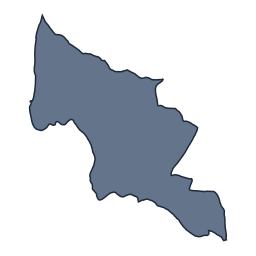 outline of Hagaz, Anseba, Eritrea
{"feature_id": "51966322B93716709446742", "entity_name": "Hagaz", "entity_type": "district", "adm_level": 2, "iso_a3": "ERI", "parent_name": "Eritrea", "parent_adm1": "Anseba", "projection": "equal_earth", "projection_center": [38.261, 15.755], "detail": "fine", "context": "isolated", "style": "filled", "palette": "slate", "viewbox_px": 256, "rotation_deg": 0, "n_neighbors": 0, "source": "geoboundaries", "source_scale": "gbopen_adm2", "svg_char_len": 5747}
<svg xmlns="http://www.w3.org/2000/svg" viewBox="0 0 256 256"><path d="M197.6,127.9L196.4,126.6L195.8,126.2L195.1,125.8L194.2,125.1L193.6,124.8L192.9,124.6L190.8,123.0L189.8,122.5L188.6,122.0L186.9,121.4L186.0,121.2L184.3,121.3L183.6,121.1L183.1,120.6L182.8,120.0L182.4,117.8L181.8,115.8L179.9,112.7L179.0,111.6L177.2,110.4L176.7,109.9L175.8,108.8L175.5,108.6L174.5,108.5L171.5,108.4L167.8,108.2L164.7,107.5L162.3,106.0L161.2,105.6L160.4,105.5L159.1,105.6L158.1,105.6L157.8,105.3L157.6,104.7L157.5,103.0L156.7,97.9L156.4,96.7L156.0,95.0L155.5,92.3L155.4,89.2L155.7,87.5L156.0,86.3L156.7,85.3L157.6,84.3L161.1,81.9L161.9,81.2L162.4,80.7L162.7,80.1L163.3,78.8L163.1,79.0L162.1,79.4L161.2,79.6L158.8,79.6L157.7,79.8L154.8,79.8L153.6,79.7L152.1,79.7L148.9,78.0L146.5,77.4L145.3,77.4L144.9,77.7L142.8,78.2L141.8,78.3L141.3,78.2L140.8,78.0L140.2,77.6L138.9,77.2L137.6,76.1L136.0,74.8L135.3,74.1L132.3,72.5L131.4,72.3L130.3,71.5L128.0,70.4L127.6,70.0L127.2,69.9L126.6,70.0L126.2,70.4L125.3,70.6L124.5,70.7L123.1,71.0L121.9,71.6L119.9,71.8L119.0,71.6L116.8,71.7L115.2,71.5L114.2,71.1L113.8,71.0L113.1,70.4L112.7,70.2L111.1,69.7L109.6,68.5L109.1,67.5L108.5,66.1L107.8,64.8L106.7,63.2L105.7,62.1L104.9,60.9L104.6,60.5L104.4,60.5L104.1,60.5L103.0,60.6L102.3,60.4L101.5,60.3L100.7,58.9L99.4,57.7L99.0,57.3L98.7,57.1L95.5,56.2L93.6,55.6L92.0,54.8L90.9,54.0L90.3,53.9L89.3,54.0L85.9,53.4L83.3,53.7L82.8,53.5L82.1,53.0L81.7,52.8L81.2,52.5L79.2,50.4L76.7,48.6L75.7,47.8L74.6,47.2L72.4,45.5L69.2,43.7L68.9,43.2L68.4,42.5L67.8,41.0L67.2,40.7L65.3,38.4L64.3,37.3L62.6,36.0L61.4,35.3L58.9,34.7L56.4,34.6L55.6,34.4L54.9,34.0L52.9,31.7L51.8,30.1L50.1,28.1L48.3,25.4L45.5,22.1L44.9,21.0L42.7,16.2L42.3,15.4L41.7,17.4L41.4,19.3L40.9,21.0L40.2,23.0L39.0,25.4L38.0,28.3L37.2,31.3L36.7,32.7L35.8,38.0L36.4,38.3L36.0,40.5L35.5,43.9L35.2,46.2L34.9,51.0L34.8,54.1L34.8,56.1L35.0,58.4L34.9,62.5L34.8,64.6L34.5,66.3L34.4,66.9L34.3,68.3L34.3,71.4L34.8,73.5L35.5,75.3L35.6,76.0L35.4,84.1L35.1,87.1L34.9,89.5L34.7,91.0L34.5,92.4L34.2,93.4L33.8,96.6L33.3,98.3L32.8,99.7L32.2,101.1L31.6,100.8L30.9,100.8L30.7,100.9L30.2,101.7L30.9,101.9L31.0,102.1L31.1,102.3L31.2,103.0L31.2,103.6L30.7,104.7L29.8,106.2L29.6,107.2L29.6,108.9L30.1,112.6L30.3,113.6L30.6,114.9L31.5,119.5L32.2,122.7L33.5,125.8L34.0,126.7L34.7,127.7L35.5,128.4L36.5,129.2L40.8,130.5L41.9,130.4L43.2,129.9L45.9,128.2L46.6,127.6L47.3,126.7L48.6,124.9L49.0,124.2L49.4,123.9L50.1,124.0L51.9,124.8L52.8,125.1L54.4,125.1L54.7,125.0L55.3,124.4L55.6,122.9L56.0,122.2L56.6,121.8L57.0,121.6L57.6,121.6L58.4,121.9L60.1,123.4L61.4,124.4L62.7,124.7L64.2,124.7L65.1,124.5L67.5,121.8L68.2,121.3L70.0,119.8L70.8,119.5L71.9,119.6L72.3,119.7L73.1,120.2L73.4,120.5L73.8,121.3L74.2,122.3L74.7,123.1L76.6,125.4L77.0,126.1L77.6,127.2L78.0,127.6L79.5,129.7L82.1,131.9L83.3,132.7L83.9,133.3L86.1,136.1L86.8,137.0L87.9,139.2L88.9,140.7L89.8,142.3L90.7,144.3L91.0,144.8L92.1,148.5L92.5,150.4L92.6,151.2L92.9,152.3L94.3,155.1L95.0,158.3L95.1,159.5L94.1,164.1L93.5,166.1L92.5,168.2L92.0,169.6L90.7,172.2L90.1,174.0L89.9,174.8L89.9,176.1L89.9,176.5L90.2,177.4L90.4,178.0L90.4,178.8L90.2,180.0L90.2,180.6L91.0,182.5L91.4,183.1L91.9,183.5L92.1,183.9L92.3,184.9L92.4,186.4L92.5,188.8L92.6,189.3L92.7,189.5L93.9,190.7L94.9,191.9L95.7,192.8L96.4,193.6L96.5,194.9L96.8,195.8L97.1,197.1L98.0,198.9L99.1,200.0L100.3,199.9L102.2,199.2L104.8,197.3L108.4,194.3L108.7,194.2L109.8,193.4L110.8,192.9L112.1,192.6L113.4,192.1L114.6,192.3L115.6,192.6L116.0,192.9L117.5,194.3L118.8,195.3L119.1,195.4L120.2,196.3L121.0,196.5L121.4,196.7L123.7,196.8L124.8,196.2L125.3,196.0L126.4,195.3L126.9,195.3L127.7,194.9L128.9,194.4L129.8,194.6L130.2,194.4L131.2,194.4L131.7,194.5L131.9,194.6L132.2,195.0L133.1,195.5L134.1,195.7L134.6,196.1L136.4,196.7L137.3,197.4L137.7,198.1L138.0,199.1L138.3,201.6L138.4,201.9L138.7,201.9L140.5,201.0L142.1,200.2L142.8,200.0L143.3,200.2L144.7,199.6L146.3,199.3L146.9,199.1L147.8,199.1L148.4,199.3L149.3,199.9L150.7,200.2L152.5,200.9L155.6,203.1L156.2,204.2L157.5,205.7L159.6,206.3L160.3,206.4L161.2,206.9L162.1,207.0L163.7,207.5L164.5,207.9L165.7,208.8L167.2,209.4L167.7,209.7L170.5,212.0L171.6,213.1L173.5,214.5L174.5,215.9L175.3,216.6L176.2,217.5L176.6,218.3L177.8,219.1L178.2,219.2L178.9,220.0L179.7,221.5L181.1,223.7L181.6,224.3L182.1,224.8L183.1,226.4L184.9,228.2L186.0,229.5L187.1,230.5L187.6,230.6L190.0,232.5L191.7,233.7L192.7,234.4L193.7,235.0L194.8,235.8L197.7,236.5L198.8,236.7L199.8,236.5L200.6,236.5L202.8,235.9L203.3,235.6L204.2,235.3L206.9,235.4L207.4,235.3L208.0,234.9L208.6,234.4L208.8,234.1L208.9,233.8L208.9,233.3L208.6,230.5L209.0,230.4L209.6,230.9L210.4,231.1L211.4,231.1L212.2,231.5L214.8,232.9L217.2,234.7L218.7,235.4L220.4,236.5L221.1,236.8L221.9,237.8L223.0,239.8L223.9,240.6L224.9,240.2L226.4,239.8L226.1,239.3L226.2,236.7L226.3,234.8L226.0,233.1L225.8,231.2L225.5,229.6L225.1,226.2L224.9,222.5L224.9,219.5L224.7,217.1L224.3,216.0L224.2,214.0L224.3,210.9L223.9,209.7L223.4,208.9L221.7,206.6L221.1,205.9L220.6,203.9L220.1,202.8L219.7,201.4L219.1,198.8L217.6,195.5L216.5,193.8L215.1,192.4L214.6,192.0L213.4,191.5L206.8,191.2L205.0,191.6L199.4,191.1L198.3,190.9L193.8,190.7L191.0,190.4L190.4,190.2L189.8,189.9L189.5,189.6L189.5,188.1L190.5,185.0L191.7,182.2L192.1,180.5L192.2,180.0L191.8,179.0L191.5,178.7L191.0,178.7L189.8,179.0L189.4,178.8L187.2,178.2L182.8,177.0L181.2,176.5L180.0,176.0L178.9,175.4L177.0,175.0L175.3,174.7L173.6,175.0L172.4,175.4L172.0,175.5L171.3,175.4L171.1,175.2L171.1,174.6L171.2,174.0L171.1,173.8L171.1,173.3L171.2,172.9L172.2,170.2L173.0,168.5L173.6,167.6L175.2,165.6L176.1,164.5L177.2,163.4L183.1,155.3L185.0,152.4L187.6,147.8L188.8,145.7L190.2,143.6L191.5,141.3L192.5,139.6L193.1,138.2L194.8,135.2L196.7,131.2L197.1,130.1L197.6,127.9Z" fill="#64748b" stroke="#1e293b" stroke-width="1.5"/></svg>